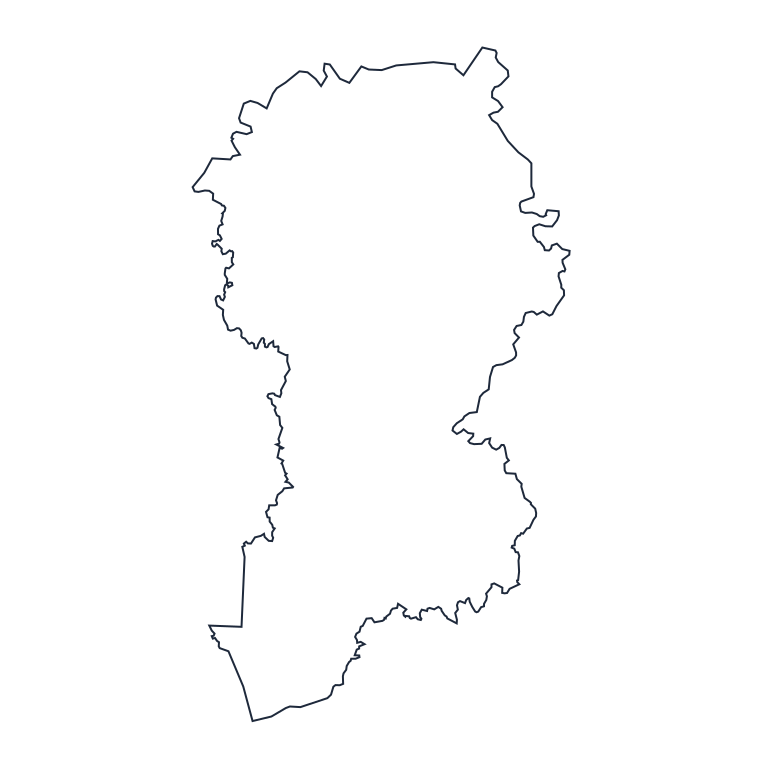 San Baltazar Loxicha, Oaxaca, Mexico (Mercator projection), rotated 179°
{"feature_id": "50627088B31289978402863", "entity_name": "San Baltazar Loxicha", "entity_type": "district", "adm_level": 2, "iso_a3": "MEX", "parent_name": "Mexico", "parent_adm1": "Oaxaca", "projection": "mercator", "projection_center": [-96.791, 16.043], "detail": "fine", "context": "isolated", "style": "outline", "palette": "slate", "viewbox_px": 768, "rotation_deg": 179, "n_neighbors": 0, "source": "geoboundaries", "source_scale": "gbopen_adm2", "svg_char_len": 6150}
<svg xmlns="http://www.w3.org/2000/svg" viewBox="0 0 768 768"><g transform="rotate(179 384 384)"><path d="M521.3,49.3L502.4,53.5L487.9,61.7L483.7,63.2L473.2,62.4L446.1,70.9L442.4,74.3L439.9,82.2L437.8,83.8L433.5,83.6L430.1,84.9L430.2,92.5L429.5,95.4L426.8,98.9L426.2,102.7L423.8,106.6L422.2,107.8L421.6,109.9L417.2,109.8L413.3,111.3L413.5,113.0L418.0,113.3L415.9,118.9L413.5,119.9L413.4,122.1L408.0,124.2L411.8,126.6L415.3,125.7L415.5,128.5L417.3,131.6L415.9,134.9L412.8,136.8L411.5,141.7L409.5,142.5L405.6,149.7L400.4,150.1L397.7,145.9L389.7,147.2L388.1,148.2L387.6,150.1L386.4,149.5L385.8,151.4L382.0,154.2L381.0,157.3L379.3,159.2L374.8,159.9L373.8,164.0L365.6,158.3L368.7,155.0L368.2,152.2L366.7,150.9L366.3,151.7L362.9,151.3L362.3,149.6L361.1,148.9L356.1,150.3L354.4,148.2L351.3,147.4L350.7,148.6L351.9,150.4L352.2,154.2L350.2,157.7L344.9,156.3L344.4,158.6L342.3,159.3L337.7,157.8L333.6,160.2L330.8,158.3L330.3,156.2L327.3,151.6L325.5,150.4L324.8,148.5L315.5,143.4L315.2,147.0L316.8,153.8L314.1,157.1L314.9,161.5L313.8,164.5L311.8,165.6L306.8,163.5L305.6,166.6L303.4,168.5L302.5,168.1L302.1,164.8L299.6,159.5L296.8,154.9L295.4,154.2L293.7,154.8L290.8,159.2L287.9,160.0L287.8,162.5L285.5,166.3L284.8,170.0L285.6,172.6L280.1,178.9L280.0,181.8L277.3,182.7L269.2,178.3L269.5,173.1L267.1,172.6L264.6,172.9L262.0,177.0L252.2,181.4L254.2,183.6L254.4,185.2L253.3,185.6L252.2,194.0L252.6,205.1L251.7,209.6L253.0,213.4L255.3,213.6L256.6,217.1L259.2,218.2L258.7,219.9L256.1,220.5L255.9,224.9L253.0,229.7L250.8,230.2L249.5,232.5L247.5,231.9L243.7,237.0L240.9,237.6L236.9,245.7L234.4,248.9L234.1,252.3L235.0,256.7L239.3,261.2L239.1,262.5L240.2,263.7L245.4,267.6L248.5,278.9L248.1,281.8L252.8,286.6L254.2,292.0L263.3,292.7L264.8,295.5L265.0,302.0L260.5,305.4L262.5,308.1L264.3,318.5L265.4,320.9L267.6,321.0L269.8,318.1L273.0,316.4L277.0,318.5L279.9,323.1L278.8,327.8L283.7,326.7L287.4,322.5L295.0,322.3L299.0,323.4L300.7,325.4L295.8,330.3L295.6,332.8L300.7,333.5L305.2,337.3L307.8,335.0L312.0,332.8L316.3,336.3L315.5,339.6L311.9,343.5L305.9,347.3L304.2,350.2L299.1,353.5L291.7,354.3L288.3,369.5L284.8,373.4L279.4,376.8L277.9,389.2L274.7,399.1L271.3,400.9L265.1,401.6L255.7,405.7L252.8,407.9L251.4,410.3L251.4,413.3L254.1,421.4L248.2,428.1L252.5,432.6L253.0,435.8L250.4,439.7L245.6,440.6L243.6,443.9L242.9,448.7L241.1,452.5L235.0,453.9L233.0,453.4L230.0,450.7L223.8,453.8L217.5,449.5L214.5,450.8L210.2,458.9L202.4,469.5L202.5,474.6L205.1,477.2L205.0,480.1L207.6,488.6L207.2,491.9L203.5,493.9L201.6,493.4L200.7,495.5L203.3,502.1L203.4,505.0L196.5,510.0L196.1,513.9L203.4,515.8L208.7,521.3L213.8,519.6L214.6,516.5L216.7,514.6L220.9,515.0L221.7,518.2L225.7,523.5L227.9,523.5L232.1,529.8L232.3,537.8L230.6,539.3L226.0,541.0L219.8,538.9L213.1,538.6L208.1,544.8L206.2,549.5L206.4,553.7L217.7,554.9L219.4,551.0L218.9,549.9L221.9,548.4L225.4,549.1L228.3,551.3L233.1,552.9L239.8,552.6L244.0,554.2L245.2,560.2L244.7,562.7L243.5,564.0L231.3,568.2L230.7,571.5L233.2,578.9L232.8,602.1L236.3,606.0L245.6,613.3L256.0,624.9L266.1,642.2L271.3,646.0L274.2,651.0L269.8,653.4L265.3,654.2L260.6,658.7L265.0,664.9L270.9,668.7L270.8,674.3L268.1,678.9L264.7,679.7L261.8,681.7L254.2,689.4L254.8,695.3L264.2,703.9L266.6,708.5L265.6,713.0L266.8,715.5L279.8,718.7L299.2,691.3L306.9,698.2L307.4,702.3L329.0,704.9L366.2,702.3L380.8,697.9L393.7,698.7L401.1,701.9L413.4,685.7L422.8,690.0L432.6,704.4L437.8,705.3L438.8,698.4L435.7,692.4L441.7,683.0L446.9,690.1L455.0,697.0L463.1,698.1L477.2,687.1L486.1,681.6L490.0,676.3L496.5,661.6L505.5,667.2L512.7,669.4L519.3,666.8L524.3,652.3L522.8,647.9L512.9,643.7L511.7,638.2L517.0,636.2L527.1,638.7L530.6,636.9L532.3,632.9L530.6,631.8L532.2,630.0L529.0,623.4L524.0,615.8L531.2,614.5L533.6,611.2L551.8,612.6L560.0,598.3L571.9,584.2L570.0,579.9L566.2,579.3L559.7,580.6L555.4,580.2L551.5,577.3L551.9,571.2L543.7,566.8L543.0,565.4L540.9,565.0L539.5,562.8L540.2,559.9L542.8,557.4L542.1,557.0L542.5,554.2L543.9,549.9L542.6,546.4L545.8,545.2L547.3,542.0L547.3,536.6L545.5,535.5L543.8,531.9L545.6,529.9L547.0,531.0L550.2,529.5L552.8,529.9L553.5,527.3L552.8,525.1L551.8,524.4L550.7,524.4L548.8,526.9L547.8,526.1L543.9,522.1L544.3,519.6L542.9,516.6L539.9,517.1L536.0,520.3L534.6,519.3L533.5,519.5L532.5,518.1L532.9,513.4L534.0,512.7L534.0,508.4L532.6,506.2L537.0,502.3L539.8,503.0L540.5,502.3L541.3,497.3L541.3,495.9L538.9,491.9L539.3,488.3L538.5,487.5L536.4,488.3L534.3,487.8L533.9,485.4L538.0,483.4L538.1,485.0L539.9,486.4L541.1,485.5L542.2,481.5L542.2,479.7L541.2,478.6L542.3,476.1L541.6,473.9L543.4,470.4L545.5,471.4L546.9,474.7L549.0,474.8L550.5,473.3L550.9,471.5L549.5,465.3L543.5,461.0L543.9,455.9L542.9,450.9L539.7,445.1L539.0,441.1L536.5,440.0L533.0,440.7L530.1,442.4L527.9,442.1L526.2,440.2L525.5,437.7L525.9,434.5L524.8,432.7L522.3,431.9L518.8,426.9L517.7,426.5L515.5,427.7L513.4,426.4L512.8,422.1L511.0,421.7L509.9,422.4L509.1,425.7L505.5,431.7L504.1,432.0L503.0,430.6L503.5,427.4L502.4,426.3L502.4,423.4L500.9,422.7L499.8,423.0L498.4,425.9L494.1,428.7L493.8,423.7L492.7,422.9L489.2,423.5L488.8,422.9L489.2,418.3L481.7,414.6L480.0,414.7L480.4,408.4L478.0,400.2L483.1,393.0L482.1,388.7L487.1,379.7L486.8,376.5L488.3,372.9L493.2,374.8L493.9,376.2L495.7,376.6L499.7,375.9L500.8,373.8L499.7,371.9L496.9,370.8L496.2,365.8L493.0,363.2L492.7,362.1L493.8,360.0L491.7,354.6L489.2,353.1L488.6,344.8L486.4,341.9L490.5,330.8L489.5,327.5L489.9,326.2L492.7,325.4L486.0,321.8L487.0,321.1L489.5,321.8L491.8,312.4L486.1,309.2L487.9,306.3L487.2,305.9L484.4,296.9L483.0,296.1L484.5,294.4L482.0,290.4L484.2,287.9L480.9,287.1L476.7,282.7L477.1,282.1L485.7,281.4L487.5,278.6L492.2,275.0L494.0,269.6L493.0,266.7L493.3,265.3L495.1,264.6L500.9,264.7L501.6,260.7L504.2,258.2L502.8,252.8L500.7,252.4L500.7,248.4L498.2,245.2L497.6,242.3L495.8,241.5L498.4,237.8L498.5,234.3L497.5,232.2L498.6,228.9L502.0,229.2L506.0,233.2L506.6,236.3L509.8,234.3L515.7,232.9L519.8,226.8L522.9,227.0L524.6,228.7L526.9,226.9L526.0,224.8L528.5,223.7L526.4,213.5L530.7,143.7L562.9,145.5L560.5,140.4L557.8,137.4L558.7,135.3L560.6,134.9L559.6,132.4L557.4,133.0L555.4,130.0L553.5,128.7L553.8,124.6L552.9,122.8L544.2,119.5L530.0,84.0L521.3,49.3Z" fill="none" stroke="#1e293b" stroke-width="2"/></g></svg>